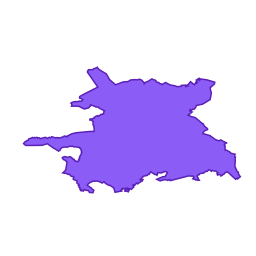 the district of Kildare Lea-5, Kildare, Ireland, rotated 353°
{"feature_id": "5873133B34299058506876", "entity_name": "Kildare Lea-5", "entity_type": "district", "adm_level": 2, "iso_a3": "IRL", "parent_name": "Ireland", "parent_adm1": "Kildare", "projection": "natural_earth1", "projection_center": [-6.982, 53.189], "detail": "fine", "context": "isolated", "style": "filled", "palette": "violet", "viewbox_px": 256, "rotation_deg": 353, "n_neighbors": 0, "source": "geoboundaries", "source_scale": "gbopen_adm2", "svg_char_len": 5838}
<svg xmlns="http://www.w3.org/2000/svg" viewBox="0 0 256 256"><g transform="rotate(353 128 128)"><path d="M105.0,64.0L102.5,64.8L101.2,64.9L100.2,65.8L96.0,65.3L95.6,65.9L94.9,66.4L94.7,67.1L94.9,67.5L94.6,67.7L103.0,83.7L87.9,89.2L83.9,90.9L83.6,91.9L83.8,92.7L85.4,93.2L86.6,94.5L85.7,95.1L85.0,95.9L83.5,95.4L81.1,95.6L78.7,95.4L76.0,95.6L75.1,95.9L74.4,96.4L74.8,96.7L75.2,97.5L74.6,99.5L79.6,100.0L80.9,100.4L81.9,100.5L86.9,103.8L91.3,103.3L93.3,101.6L93.1,101.2L93.6,100.5L95.3,101.2L98.9,103.3L101.0,103.6L101.4,104.4L102.1,104.8L102.5,105.3L104.3,106.3L106.2,107.8L106.7,108.0L106.1,108.6L105.5,110.9L104.3,111.0L104.1,111.3L102.7,111.2L102.0,112.0L101.0,112.0L100.8,112.5L100.1,112.7L99.5,112.6L99.3,112.1L97.8,112.3L96.4,113.1L95.9,113.2L95.6,114.2L94.9,114.1L94.7,114.4L94.0,114.6L93.6,114.4L92.9,114.7L91.7,114.4L91.2,114.6L91.2,115.6L92.1,115.5L92.9,115.8L93.3,116.6L94.3,117.2L93.7,119.7L93.9,121.2L94.3,121.6L94.3,125.2L93.9,127.3L90.1,126.8L75.9,126.4L71.5,126.9L67.0,128.5L66.6,129.3L65.5,128.6L64.7,128.8L64.2,128.2L63.3,128.4L62.2,129.1L61.4,129.0L60.2,129.4L59.3,129.5L58.7,129.3L57.5,129.4L57.0,128.9L54.6,128.9L51.4,127.4L51.0,127.5L50.2,128.2L49.0,127.7L47.9,127.9L47.0,128.4L46.3,128.2L45.3,127.5L45.2,127.3L43.9,127.2L42.6,127.6L41.4,127.5L40.1,128.0L39.5,127.8L39.3,127.3L38.5,126.9L37.3,127.0L37.3,126.7L36.7,126.3L35.9,126.2L34.9,126.4L34.3,126.0L32.9,126.3L31.9,125.7L30.7,126.4L30.4,126.3L28.2,126.7L27.2,128.0L25.6,128.4L24.6,129.1L24.0,129.2L22.4,130.8L24.3,132.8L27.7,133.3L40.5,134.7L46.1,133.8L51.5,138.8L53.9,140.5L56.2,142.5L57.2,142.0L57.7,142.0L58.4,140.4L58.9,140.3L60.0,139.4L62.3,139.2L64.8,139.4L65.4,139.7L68.0,138.9L68.6,139.3L70.9,139.3L71.6,140.1L73.7,140.3L75.4,140.9L76.0,140.9L77.6,141.5L77.6,142.1L78.5,142.6L78.4,143.1L78.9,143.7L78.8,144.2L79.2,144.8L78.8,145.2L79.2,146.6L78.6,147.0L78.5,148.1L76.9,150.0L76.9,150.8L76.3,151.0L76.0,152.0L76.2,152.6L75.4,153.0L75.0,153.8L75.3,154.1L75.1,154.5L74.0,155.4L72.9,154.7L72.1,154.7L71.7,154.5L71.7,154.2L71.2,154.0L71.1,153.4L70.7,153.2L70.7,152.6L69.4,152.0L69.4,151.6L68.8,151.2L68.6,150.6L67.1,149.5L65.8,149.5L64.6,149.7L61.5,148.6L59.2,149.3L59.3,150.4L59.9,150.9L60.2,151.6L61.4,152.1L62.2,153.2L63.1,153.7L63.1,155.1L61.3,161.4L60.5,162.6L57.8,164.6L59.7,165.3L61.1,165.5L63.0,166.8L63.8,166.7L64.1,167.1L64.7,167.4L65.6,168.9L66.9,169.4L67.4,169.4L68.2,170.0L68.3,170.3L67.4,171.6L67.4,172.1L68.1,172.8L69.6,173.5L71.1,174.5L70.7,175.5L70.6,176.4L70.9,176.9L72.6,178.2L72.6,178.6L71.7,179.1L72.2,179.8L72.2,180.9L73.0,181.3L72.7,182.7L73.9,183.4L73.4,184.2L73.6,184.5L73.9,184.7L75.1,184.5L75.6,185.0L76.0,185.2L76.3,184.9L76.4,184.2L77.1,183.7L78.8,184.8L80.6,185.1L81.5,185.9L81.6,186.8L82.4,187.4L85.3,188.0L86.5,185.6L85.1,184.4L84.0,182.7L83.1,182.1L82.7,181.9L82.4,181.3L80.7,180.1L80.5,179.8L80.8,179.3L84.0,177.3L84.6,177.3L86.0,176.7L87.1,176.5L88.5,176.8L90.6,176.8L93.1,177.8L95.7,179.5L97.6,178.4L98.8,180.1L100.4,181.4L102.4,182.8L103.2,182.7L106.6,185.9L107.3,190.2L114.0,189.8L113.7,189.2L113.2,189.1L113.6,188.7L115.1,188.3L114.9,187.4L116.5,187.4L117.2,187.8L120.0,187.6L119.8,188.5L117.6,188.3L117.7,188.9L117.0,190.0L117.4,190.4L118.1,190.5L119.0,190.4L120.4,191.4L120.6,191.4L121.6,189.7L120.6,189.3L120.9,188.1L123.1,188.8L123.8,189.3L126.5,187.3L126.5,186.6L125.8,185.8L126.2,184.9L127.7,185.7L128.9,184.4L129.8,183.7L130.8,184.7L131.8,184.0L134.1,183.0L134.7,182.1L135.7,182.4L136.5,181.0L133.9,180.7L137.6,177.7L141.4,177.4L142.4,176.4L143.3,176.6L145.2,174.3L148.4,176.9L148.6,176.8L149.0,177.4L150.6,177.8L150.4,177.9L151.0,178.5L152.2,175.9L155.4,176.7L159.7,175.6L161.7,176.9L159.0,180.7L156.5,180.6L150.3,182.4L153.4,184.4L157.4,183.8L159.6,184.1L160.6,184.5L161.0,184.9L163.1,184.3L163.6,185.4L182.6,182.9L183.2,183.2L186.9,183.7L187.2,184.1L187.4,184.9L186.1,186.3L188.8,187.5L188.8,187.8L189.9,187.9L190.8,188.1L190.9,188.4L192.3,188.5L191.8,187.6L191.5,186.0L190.8,184.8L191.0,183.4L193.0,183.0L193.3,182.3L194.6,182.0L196.4,181.8L197.2,182.1L199.9,180.6L201.5,180.6L203.2,179.2L204.8,180.2L205.4,181.1L206.4,180.4L207.7,181.0L209.7,181.5L210.3,181.8L211.8,183.5L210.8,184.0L211.1,185.6L213.4,185.4L214.4,185.8L214.4,186.9L215.6,186.6L216.3,186.0L218.1,185.2L218.8,184.2L221.5,183.7L228.5,192.0L230.2,191.1L230.5,191.9L233.6,190.0L232.1,187.4L232.2,186.5L232.0,185.1L231.0,184.4L229.4,179.0L230.5,173.5L230.5,171.5L231.0,170.2L230.6,170.2L230.6,168.5L230.7,167.3L231.0,167.1L227.3,165.7L225.6,163.7L225.0,163.5L223.1,162.0L221.5,161.6L222.2,158.5L221.7,157.5L221.8,157.1L222.1,156.9L221.6,155.9L224.6,154.6L223.5,154.7L222.0,153.4L221.3,153.2L218.7,151.1L217.1,151.8L214.6,150.9L212.5,149.5L211.2,148.0L208.8,146.2L208.8,145.7L201.8,142.7L202.1,141.6L203.5,140.2L204.3,139.9L206.8,139.3L206.8,138.3L204.3,135.7L202.9,133.1L203.0,132.8L202.2,132.5L196.2,126.0L194.6,125.2L192.2,124.5L191.0,123.6L189.2,122.7L189.9,122.0L190.1,122.2L193.6,119.9L191.4,118.6L191.9,117.3L192.3,117.4L193.2,118.1L194.6,117.2L195.8,117.5L197.6,115.9L198.5,114.0L205.0,113.4L213.0,109.8L215.0,103.4L214.3,98.2L219.2,94.8L219.7,93.1L212.1,89.8L206.5,88.3L204.6,89.5L203.8,88.5L205.1,87.6L204.9,87.4L204.4,87.7L204.2,87.5L201.6,88.8L202.1,89.5L201.3,90.5L202.3,91.2L201.5,91.9L200.5,91.5L199.1,93.2L195.7,89.6L193.2,92.0L192.4,92.5L191.9,93.2L192.1,93.4L191.3,93.2L190.9,93.9L190.3,93.9L190.9,92.6L189.8,92.4L186.1,92.2L185.8,93.2L181.7,92.9L179.6,91.8L175.1,90.4L170.8,87.4L169.0,88.2L167.4,88.8L167.1,89.1L166.4,88.2L165.1,88.0L164.1,86.7L163.2,86.2L162.7,86.3L161.6,85.6L161.5,84.4L161.0,83.9L158.8,83.0L157.8,82.2L157.3,82.3L154.0,84.0L151.8,84.5L150.3,85.3L149.5,86.0L149.4,84.6L148.3,83.6L147.7,82.4L145.4,80.9L144.5,81.2L142.9,81.3L139.9,80.7L139.1,80.8L136.6,80.6L133.8,81.9L128.8,81.7L120.9,83.6L115.6,77.7L113.1,71.7L106.6,66.6L105.2,64.8L105.0,64.0Z" fill="#8b5cf6" stroke="#5b21b6" stroke-width="1.5"/></g></svg>